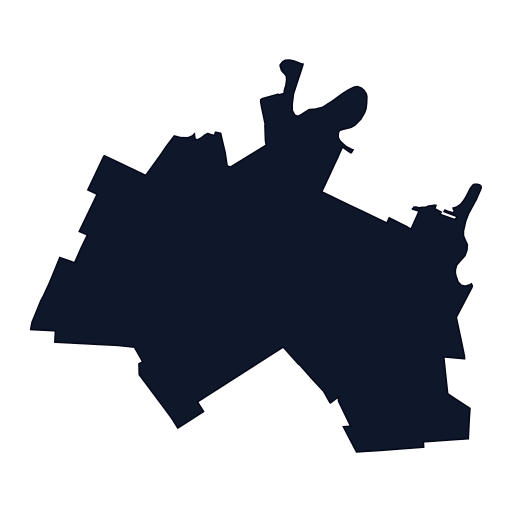 outline of Maxineni, Braila, Romania
{"feature_id": "2599482B99359782124657", "entity_name": "Maxineni", "entity_type": "district", "adm_level": 2, "iso_a3": "ROU", "parent_name": "Romania", "parent_adm1": "Braila", "projection": "albers", "projection_center": [27.669, 45.424], "detail": "fine", "context": "isolated", "style": "filled", "palette": "ink", "viewbox_px": 512, "rotation_deg": 0, "n_neighbors": 0, "source": "geoboundaries", "source_scale": "gbopen_adm2", "svg_char_len": 3779}
<svg xmlns="http://www.w3.org/2000/svg" viewBox="0 0 512 512"><path d="M353.1,149.8L352.1,149.6L350.2,148.6L345.9,146.4L340.2,141.1L338.4,137.9L338.2,135.5L338.4,133.5L338.6,132.1L339.6,130.4L342.5,129.5L351.0,127.4L354.9,125.2L360.8,119.2L364.6,112.7L366.1,108.5L366.7,102.8L366.9,96.6L366.3,93.9L364.2,90.5L362.8,89.3L361.5,88.1L357.4,86.5L354.0,87.1L348.6,89.8L342.2,93.8L332.3,101.1L326.7,104.6L324.6,106.1L322.2,107.4L314.9,109.2L309.3,109.5L305.7,111.7L301.1,114.7L297.8,116.3L294.8,115.1L292.3,110.6L292.2,104.4L293.6,93.3L294.6,90.5L296.7,84.0L300.6,72.2L302.4,66.6L303.1,64.1L301.8,63.9L300.5,63.6L299.1,62.9L294.1,61.0L289.4,60.0L288.5,60.1L285.5,60.2L284.2,60.8L283.0,61.4L281.1,63.6L280.1,65.0L280.1,65.8L280.4,66.9L281.5,70.4L281.8,70.2L282.0,70.5L282.4,71.3L282.7,71.9L284.5,73.7L286.3,76.1L286.6,79.9L285.8,85.6L285.3,87.1L284.9,88.2L284.3,90.6L284.1,93.4L278.7,94.9L278.2,94.2L274.5,95.2L262.3,98.6L260.8,99.6L260.6,101.7L261.1,104.4L261.5,106.7L265.3,125.0L264.9,125.2L265.3,137.9L265.5,141.5L266.2,145.1L230.5,167.0L227.2,165.9L226.3,160.1L225.3,153.4L225.3,153.1L222.2,140.0L220.7,133.3L215.6,132.2L215.2,132.6L214.7,135.1L214.4,135.3L213.5,135.3L210.4,134.4L208.0,133.5L207.5,133.5L204.6,135.2L201.2,137.9L197.7,139.7L196.9,140.1L196.3,139.5L195.0,138.7L194.7,136.3L194.4,133.9L192.6,135.8L188.1,137.7L180.7,137.6L175.7,136.3L174.3,135.9L166.8,145.7L165.5,147.6L159.9,155.8L145.7,175.4L122.9,164.5L104.3,155.7L103.5,156.8L95.6,173.5L87.8,189.9L97.1,194.3L79.2,231.5L87.4,234.9L81.2,247.7L74.6,262.7L59.8,257.5L55.4,268.3L51.1,278.8L48.8,284.2L46.0,290.2L43.4,295.9L40.8,300.7L36.4,311.5L32.0,322.2L30.8,328.6L30.7,329.3L30.7,329.6L54.8,330.8L55.4,331.0L54.8,342.2L70.8,343.0L74.2,343.2L75.7,343.3L86.3,343.8L96.8,344.4L115.4,345.3L119.9,345.6L120.4,345.8L121.2,345.8L134.4,347.2L142.7,361.8L138.9,363.8L139.2,374.7L149.2,388.0L149.3,388.2L156.4,397.6L156.5,397.8L164.8,408.9L170.0,416.0L170.1,415.9L171.7,418.4L171.9,418.6L177.8,428.1L203.6,411.5L197.5,401.9L229.4,381.5L283.1,347.1L283.5,347.4L298.7,364.4L299.3,364.3L299.6,364.8L311.1,377.8L314.1,381.1L323.6,391.3L329.9,402.6L330.5,402.9L338.4,396.9L338.5,401.2L350.6,426.2L343.3,426.7L348.6,436.9L354.0,447.2L356.5,452.0L363.9,451.5L368.8,451.2L381.7,450.4L383.0,450.3L395.8,449.3L423.7,447.2L423.5,443.1L423.5,441.8L429.1,441.5L438.8,440.8L449.9,440.0L458.7,439.4L464.9,439.0L467.3,438.8L468.1,438.8L468.3,438.8L469.3,418.6L470.0,408.4L452.1,396.7L447.7,393.6L443.8,356.9L464.6,358.8L464.6,357.0L464.2,354.8L461.1,339.7L459.2,330.9L456.3,317.3L458.9,312.4L471.8,287.8L472.4,286.0L471.9,284.9L471.4,283.8L469.9,284.8L468.5,285.2L467.0,285.6L466.1,285.9L465.2,286.1L461.4,285.3L458.1,282.0L455.8,275.3L455.4,272.9L455.4,269.9L456.7,265.1L459.5,261.8L464.9,255.8L467.0,250.1L467.2,247.4L467.4,244.7L465.2,239.9L463.5,235.7L463.5,231.0L465.8,220.9L468.6,213.6L476.2,199.7L480.4,190.1L481.3,187.6L480.9,186.0L479.7,184.9L478.0,184.4L476.8,184.2L474.8,184.2L473.4,184.6L472.6,185.4L470.4,188.2L465.9,197.0L463.5,200.8L460.6,204.3L456.5,207.1L453.0,208.1L453.4,209.2L454.2,210.4L453.5,212.8L448.7,211.6L444.9,210.0L444.0,211.6L456.6,216.4L457.1,217.0L454.9,219.5L448.2,217.2L440.0,214.3L441.2,212.1L434.8,208.7L436.0,205.4L435.0,205.1L431.9,205.6L427.8,206.2L426.2,207.2L421.1,207.4L419.6,207.7L418.6,207.7L416.0,207.0L414.3,207.1L413.9,207.1L413.4,208.3L412.5,208.5L412.4,209.1L419.0,211.1L418.2,213.0L413.3,224.0L411.1,229.0L407.2,227.1L407.2,226.8L389.2,217.8L386.9,223.0L367.4,213.6L364.9,212.4L363.2,211.6L347.9,204.4L322.1,191.9L321.7,191.8L326.6,181.5L326.6,181.4L331.5,171.0L331.6,170.7L333.9,165.7L336.3,160.6L336.4,160.4L338.0,157.0L339.0,154.6L341.3,149.6L341.9,148.3L342.5,147.0L347.0,150.3L348.4,151.3L350.9,152.9L351.5,152.5L353.1,149.8Z" fill="#0f172a" stroke="#020617" stroke-width="1.5"/></svg>